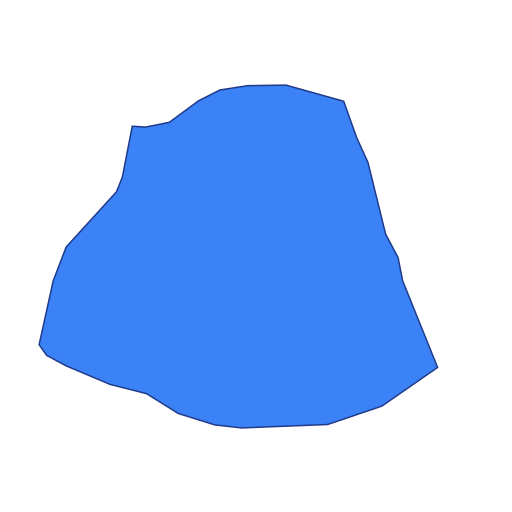 Salcajá, Quezaltenango, Guatemala (Albers equal-area conic projection), rotated 190°
{"feature_id": "79465075B86011585476581", "entity_name": "Salcajá", "entity_type": "district", "adm_level": 2, "iso_a3": "GTM", "parent_name": "Guatemala", "parent_adm1": "Quezaltenango", "projection": "albers", "projection_center": [-91.46, 14.876], "detail": "fine", "context": "isolated", "style": "filled", "palette": "blue", "viewbox_px": 512, "rotation_deg": 190, "n_neighbors": 0, "source": "geoboundaries", "source_scale": "gbopen_adm2", "svg_char_len": 526}
<svg xmlns="http://www.w3.org/2000/svg" viewBox="0 0 512 512"><g transform="rotate(190 256 256)"><path d="M400.4,362.3L401.3,310.6L404.5,295.1L444.5,231.9L451.4,196.4L454.2,131.0L444.8,121.7L423.4,114.7L377.4,104.2L339.9,101.4L305.2,87.4L267.3,82.5L240.3,84.2L190.6,95.0L156.2,102.5L105.9,130.1L57.8,177.8L107.3,257.1L115.8,279.1L132.1,300.0L162.0,367.6L177.3,389.9L196.5,423.6L256.2,429.5L293.8,422.3L320.3,413.3L339.4,399.0L364.6,372.6L387.1,363.8L400.4,362.3Z" fill="#3b82f6" stroke="#1e3a8a" stroke-width="1.5"/></g></svg>